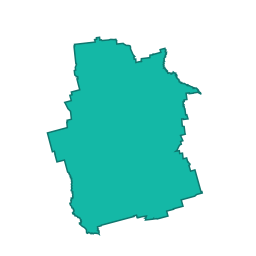 outline of Loddon, Victoria, Australia, rotated 165°
{"feature_id": "25037944B85643834616367", "entity_name": "Loddon", "entity_type": "district", "adm_level": 2, "iso_a3": "AUS", "parent_name": "Australia", "parent_adm1": "Victoria", "projection": "albers", "projection_center": [143.84, -36.404], "detail": "fine", "context": "isolated", "style": "filled", "palette": "teal", "viewbox_px": 256, "rotation_deg": 165, "n_neighbors": 0, "source": "geoboundaries", "source_scale": "gbopen_adm2", "svg_char_len": 5623}
<svg xmlns="http://www.w3.org/2000/svg" viewBox="0 0 256 256"><g transform="rotate(165 128 128)"><path d="M48.8,142.2L49.2,142.7L48.9,143.4L49.7,144.1L49.9,144.7L50.4,145.1L50.3,145.4L50.6,145.4L50.2,146.1L50.2,146.4L50.8,146.5L50.8,147.4L51.3,147.9L51.2,148.2L51.7,148.9L52.8,149.2L53.4,149.0L54.6,149.3L54.0,149.9L55.0,150.5L55.6,151.3L56.5,151.7L57.7,152.9L58.4,153.1L58.7,153.9L59.8,153.6L59.9,153.9L59.7,154.5L60.4,154.6L62.0,156.4L63.3,156.6L63.6,157.2L65.1,157.4L65.2,157.7L64.8,158.2L65.9,158.6L65.9,159.5L66.5,159.6L66.3,160.2L66.6,160.6L66.3,161.3L66.6,161.6L66.6,162.1L67.3,162.5L67.7,163.4L67.7,163.7L68.0,164.1L67.6,164.4L67.6,164.8L67.9,164.9L68.1,165.4L67.8,165.4L67.5,165.8L67.6,166.2L67.3,166.3L67.5,166.7L68.0,166.8L67.5,167.2L67.7,167.4L68.1,167.4L68.2,167.6L67.9,168.0L67.8,168.4L68.4,168.3L68.5,169.1L69.3,169.2L69.4,169.9L69.8,170.4L70.0,170.1L69.9,169.8L70.5,169.7L71.2,169.1L71.8,169.0L71.9,169.5L72.3,169.3L72.4,169.6L72.7,169.5L72.8,170.0L73.8,170.6L74.7,170.6L74.8,170.4L75.2,170.5L75.0,171.1L75.1,171.3L75.3,171.3L75.3,172.0L75.7,172.3L75.4,172.4L75.5,172.9L75.3,173.0L75.5,173.4L76.0,173.4L76.0,174.0L76.3,174.2L76.1,174.4L76.4,175.1L76.7,175.0L77.1,175.6L76.9,176.1L77.1,176.3L77.0,176.7L77.7,176.7L77.4,177.0L77.6,177.4L77.4,177.5L77.8,177.8L77.8,178.1L77.3,178.7L77.6,178.9L77.5,179.2L77.2,179.5L77.5,180.0L77.2,180.1L76.8,180.5L76.9,180.8L76.8,181.0L76.5,181.2L76.9,181.5L76.8,182.4L76.2,182.5L75.9,183.1L75.6,183.1L75.8,183.5L75.7,183.7L75.8,183.9L75.5,184.1L75.3,184.7L75.5,185.5L74.1,186.7L73.5,186.9L73.6,187.5L73.3,187.5L73.4,188.1L72.5,188.9L72.8,188.9L72.8,189.2L72.3,189.6L72.2,190.1L71.7,190.3L71.3,191.0L71.5,191.0L71.5,191.3L71.9,191.6L71.9,192.0L72.2,192.1L71.2,193.4L71.2,193.9L71.7,194.1L71.6,194.5L71.9,195.0L71.8,195.4L76.7,195.4L76.7,192.6L83.4,192.5L84.4,192.6L84.3,192.8L84.8,192.9L85.1,192.3L87.9,192.7L88.7,190.3L97.1,191.5L97.2,190.9L97.8,190.1L97.6,188.8L97.7,188.7L100.0,189.1L103.4,189.2L102.7,192.6L104.2,192.8L104.0,194.1L104.1,194.4L103.9,194.4L103.8,195.6L103.1,195.5L104.2,197.7L104.3,198.5L105.1,203.7L104.6,205.7L104.7,206.6L105.0,207.0L105.9,207.5L108.4,208.3L110.7,210.7L110.8,211.0L117.1,212.0L116.6,214.8L116.7,215.4L116.4,215.5L116.7,216.1L116.8,216.8L118.5,217.0L121.9,218.1L123.8,218.0L130.5,219.2L131.0,220.1L132.4,220.2L132.0,223.0L133.0,223.1L135.1,223.4L135.3,221.9L136.9,222.1L137.5,221.8L137.2,221.2L137.5,219.5L158.0,222.6L158.2,221.2L158.7,221.3L158.9,220.2L159.1,220.2L161.7,203.7L161.2,203.6L161.4,202.4L163.2,200.3L163.6,197.5L165.0,197.4L165.7,193.0L164.5,191.3L164.6,190.8L163.3,190.6L163.6,188.4L164.6,188.6L164.7,183.2L164.7,177.4L173.4,177.4L173.5,174.6L175.7,174.6L175.7,169.1L182.5,169.1L182.1,167.7L181.0,162.2L179.2,159.0L180.4,151.1L184.8,151.2L184.8,149.6L185.6,149.6L186.5,144.1L207.1,144.1L207.2,124.6L205.1,124.6L205.1,121.8L205.4,121.8L205.4,113.6L197.7,113.5L197.7,101.1L196.5,99.6L196.8,99.3L196.5,98.4L196.7,98.1L196.1,97.5L196.1,96.5L195.9,96.3L196.5,95.9L196.1,95.2L196.4,94.7L196.0,94.2L195.5,94.0L195.6,93.3L196.1,92.9L196.0,92.5L196.1,92.0L196.0,91.6L196.3,91.3L196.0,91.0L196.4,90.0L196.3,89.5L196.7,88.8L197.2,88.6L197.3,88.0L197.3,87.3L197.0,86.8L197.6,86.2L197.9,85.6L197.7,85.4L197.9,84.4L197.7,84.1L198.1,83.6L198.3,83.6L198.4,83.3L199.0,82.7L199.0,82.1L198.6,82.0L198.3,81.1L198.6,80.2L198.4,79.9L198.1,80.0L198.3,79.4L198.6,79.3L198.4,78.3L198.7,77.3L199.0,76.9L198.9,76.4L199.2,75.9L199.0,75.5L199.3,75.3L199.4,74.8L199.9,74.9L200.0,74.3L201.0,74.8L201.1,74.1L201.6,73.5L201.5,72.9L201.9,72.9L202.0,72.6L202.0,72.2L201.8,71.9L202.1,71.0L203.0,70.0L203.6,70.2L203.6,69.3L203.5,68.3L202.8,67.2L202.8,65.3L201.7,64.6L201.7,63.8L202.0,63.3L201.7,62.7L201.4,62.5L201.8,61.5L202.2,61.4L202.2,61.0L202.7,60.8L202.9,60.5L203.5,60.4L203.5,60.0L203.1,59.8L203.1,59.5L203.3,59.3L202.9,59.0L202.5,59.2L202.1,59.0L202.0,58.6L202.2,58.0L201.9,57.7L201.8,56.9L201.5,57.0L201.3,56.7L200.8,56.5L199.8,55.5L199.6,54.7L199.4,54.4L198.7,54.4L198.3,54.1L198.2,53.6L197.7,53.3L197.6,52.0L197.1,51.5L197.2,50.7L197.6,50.7L197.2,49.6L197.4,49.4L197.8,49.5L197.9,48.7L198.5,48.8L198.5,48.3L199.1,48.5L198.9,47.9L199.5,47.8L197.7,45.0L195.8,43.1L194.7,41.0L194.5,40.6L195.1,37.6L194.9,37.5L194.6,36.8L194.2,36.8L193.8,36.9L193.6,37.2L193.0,37.4L191.7,36.2L191.1,35.4L190.7,35.4L190.0,35.9L189.5,35.1L189.0,34.8L187.9,35.2L187.1,34.8L186.2,34.7L185.0,34.0L184.2,34.0L183.4,33.0L183.4,34.0L183.2,34.5L182.8,34.9L182.9,35.7L182.8,36.2L183.3,36.3L183.1,36.8L183.6,37.1L183.4,37.2L183.6,37.5L183.4,37.7L183.4,38.1L183.0,38.3L183.4,38.7L183.1,39.5L183.0,40.5L179.2,40.5L179.0,41.0L145.2,41.0L145.3,41.6L142.3,41.6L142.4,39.2L141.7,39.2L141.7,38.7L137.6,38.7L135.4,38.5L132.9,38.2L133.1,37.9L133.3,38.0L133.6,37.2L133.8,37.2L134.1,36.7L135.0,36.5L134.3,35.9L134.3,35.3L134.6,35.1L134.6,34.8L134.8,34.6L127.5,33.5L127.0,33.8L127.1,33.5L123.6,33.0L123.4,32.6L112.2,32.6L112.2,37.7L105.0,37.7L105.0,38.2L95.1,38.2L95.2,44.8L81.1,44.9L78.9,46.0L73.1,46.0L73.1,47.5L74.0,47.5L74.2,70.2L78.7,70.1L78.8,76.2L78.0,76.3L77.7,76.5L77.5,76.9L77.6,77.5L78.4,78.7L78.7,79.8L79.1,79.8L79.1,83.9L82.7,84.0L81.9,89.6L84.7,90.0L84.3,92.8L87.7,93.2L86.4,93.8L84.1,96.6L82.8,97.9L82.1,98.3L80.7,98.5L80.7,101.4L78.3,101.5L79.2,107.2L74.3,107.2L74.3,108.5L73.4,114.9L75.0,115.7L74.7,118.0L73.8,122.8L72.2,122.5L72.2,121.9L67.7,121.3L67.8,125.6L68.9,125.7L68.1,131.6L68.5,131.6L68.2,134.3L69.0,134.4L68.7,136.2L68.0,136.1L68.4,137.0L68.1,138.9L67.5,138.8L67.4,139.4L66.7,139.3L66.5,140.6L63.7,140.3L62.9,146.5L59.8,146.1L60.0,145.3L55.8,144.7L55.1,145.0L54.8,144.8L51.4,144.4L48.9,142.1L48.8,142.2Z" fill="#14b8a6" stroke="#0f766e" stroke-width="1.5"/></g></svg>